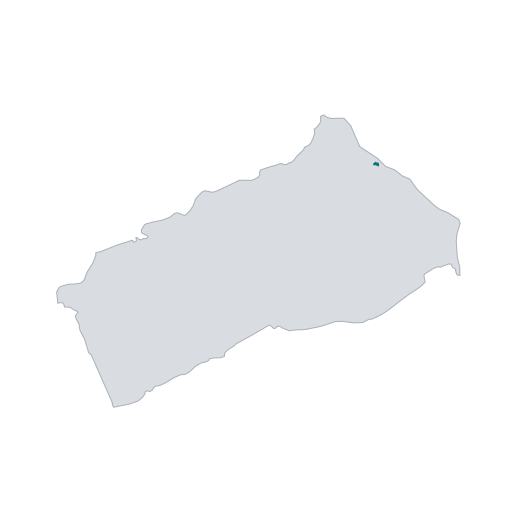 Okaikwei North Municipal, Greater Accra, Ghana (highlighted), rotated 247°
{"feature_id": "2480657B77934780741907", "entity_name": "Okaikwei North Municipal", "entity_type": "district", "adm_level": 2, "iso_a3": "GHA", "parent_name": "Ghana", "parent_adm1": "Greater Accra", "projection": "equal_earth", "projection_center": [-0.223, 5.629], "detail": "fine", "context": "in_parent", "style": "filled", "palette": "teal", "viewbox_px": 512, "rotation_deg": 247, "n_neighbors": 0, "source": "geoboundaries", "source_scale": "gbopen_adm2", "svg_char_len": 3334}
<svg xmlns="http://www.w3.org/2000/svg" viewBox="0 0 512 512"><g transform="rotate(247 256 256)"><path d="M300.7,58.4L303.7,62.1L304.3,64.3L303.3,72.4L301.1,78.0L299.7,83.3L299.9,86.0L301.2,88.6L305.7,92.8L308.1,95.5L310.8,99.6L313.9,103.7L319.3,108.9L321.6,109.8L321.5,111.3L320.8,113.3L320.3,132.8L319.9,137.8L319.5,140.3L319.0,147.6L318.4,148.7L317.4,148.6L316.5,148.9L316.2,150.3L316.6,151.8L319.9,152.8L319.1,153.9L316.7,154.9L315.6,157.1L316.1,159.6L314.8,161.6L315.2,163.0L316.0,164.0L317.4,163.6L321.2,160.3L322.8,159.9L324.7,160.6L328.4,165.7L328.5,168.2L327.1,176.8L325.6,183.5L325.4,192.3L326.9,197.3L326.7,200.0L325.0,202.3L321.3,205.8L321.6,208.1L323.3,212.4L326.4,217.3L332.6,223.3L335.9,231.1L336.0,234.3L334.1,237.5L331.9,240.2L331.1,244.2L332.2,270.4L327.3,281.8L327.2,285.1L327.7,288.8L329.0,291.1L331.5,291.7L333.5,293.9L332.8,301.9L331.8,310.1L331.6,314.0L331.0,315.9L329.1,317.4L328.4,320.0L328.8,323.2L328.5,325.5L329.5,328.6L331.8,332.3L335.4,341.7L336.7,342.5L337.3,344.5L337.0,346.4L338.4,350.5L342.3,354.7L346.5,358.3L349.9,358.9L350.7,362.1L353.0,366.3L354.6,368.1L357.2,369.2L359.3,369.9L359.4,373.4L355.6,375.8L353.0,379.4L351.0,384.9L348.3,390.9L338.9,394.1L335.3,394.1L316.1,394.3L298.1,406.2L287.7,410.4L281.3,417.1L272.7,421.9L266.7,427.6L254.3,430.4L233.8,439.5L227.4,443.1L221.0,449.4L210.4,456.9L206.3,456.7L198.1,449.8L191.9,446.3L176.8,441.0L165.5,439.0L160.0,436.7L158.5,436.3L159.8,433.8L162.9,433.7L166.2,434.4L168.7,432.5L172.4,432.3L173.4,430.3L173.7,425.3L173.7,421.2L175.0,419.4L175.3,414.7L173.5,404.1L172.2,402.9L165.6,401.4L165.2,399.4L164.0,397.1L162.7,391.7L161.3,383.6L159.0,373.6L154.6,357.1L153.5,351.3L152.8,345.3L152.6,338.2L153.5,335.6L153.4,331.9L153.0,328.3L156.2,319.9L162.3,309.6L163.6,305.9L164.7,303.3L164.9,299.6L166.0,287.6L169.0,273.1L170.8,267.7L172.1,264.7L173.6,259.9L174.0,257.6L179.6,252.0L182.2,250.4L182.8,248.2L181.9,245.8L182.3,244.1L183.6,243.3L185.7,242.6L187.2,240.3L184.9,222.5L183.0,204.7L182.9,203.2L181.8,200.7L180.7,193.4L178.8,189.1L176.1,187.9L176.1,183.8L178.8,177.0L179.5,173.0L178.3,171.8L178.1,168.7L179.0,163.6L178.6,160.5L178.1,157.2L175.3,149.5L174.7,144.0L176.1,140.8L176.1,133.7L174.6,122.9L174.4,116.0L175.4,113.2L174.9,110.5L172.9,107.9L172.8,105.4L174.5,102.9L174.3,101.0L172.2,99.6L170.3,96.3L168.6,91.0L169.0,82.6L172.2,67.0L172.6,65.7L176.2,65.8L176.2,66.4L187.5,66.3L200.4,66.1L215.7,65.9L229.7,65.7L230.3,65.0L232.6,64.2L246.7,65.7L255.5,64.9L259.3,65.5L262.0,66.5L268.1,65.9L271.4,66.3L273.8,70.1L274.8,70.1L276.2,68.5L278.6,66.6L281.1,65.1L282.9,62.1L283.9,59.7L285.6,60.2L287.9,60.1L289.4,58.1L290.0,55.1L300.7,58.4Z" fill="#d9dde1" stroke="#a8b0b8" stroke-width="1"/><path d="M293.0,402.4L292.8,402.6L292.6,402.9L292.4,403.1L291.7,403.6L291.9,403.7L291.9,403.9L292.0,404.1L292.4,404.0L292.5,404.4L292.8,404.4L292.9,404.5L293.2,404.5L293.5,404.1L293.7,403.9L293.9,404.0L293.9,403.8L293.6,403.6L293.6,403.4L293.5,403.2L293.8,403.1L294.4,402.9L294.6,402.9L294.8,402.7L295.2,402.6L295.2,402.4L295.1,402.1L294.9,401.5L294.8,401.3L294.8,401.0L294.8,400.7L294.7,400.4L294.7,400.1L294.6,400.3L294.4,400.3L294.4,401.3L294.2,401.4L294.0,401.2L294.0,401.3L293.9,401.5L293.7,401.6L293.5,401.8L293.4,401.9L293.4,402.0L293.3,402.3L293.3,402.5L293.2,402.8L293.1,402.7L293.0,402.4Z" fill="#14b8a6" stroke="#0f766e" stroke-width="1.5"/></g></svg>